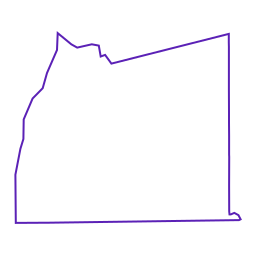 Panola, Texas, United States of America
{"feature_id": "52423323B10240344188589", "entity_name": "Panola", "entity_type": "district", "adm_level": 2, "iso_a3": "USA", "parent_name": "United States of America", "parent_adm1": "Texas", "projection": "orthographic", "projection_center": [-94.242, 32.184], "detail": "fine", "context": "isolated", "style": "outline", "palette": "violet", "viewbox_px": 256, "rotation_deg": 0, "n_neighbors": 0, "source": "geoboundaries", "source_scale": "gbopen_adm2", "svg_char_len": 551}
<svg xmlns="http://www.w3.org/2000/svg" viewBox="0 0 256 256"><path d="M228.8,33.9L111.4,63.6L105.1,54.9L100.7,56.5L98.8,45.6L91.8,44.3L77.2,47.6L71.3,44.3L57.7,33.1L57.0,50.0L47.0,73.0L42.7,88.2L32.6,98.5L23.7,119.4L23.4,139.0L20.4,148.8L15.4,174.7L15.8,222.9L49.7,222.7L239.0,220.1L240.6,219.3L238.4,215.1L234.3,212.9L230.8,214.4L229.5,214.4L229.2,211.3L229.1,185.7L229.2,156.9L229.1,154.5L229.1,148.7L229.1,139.6L229.1,135.7L229.0,122.5L229.0,112.5L228.9,89.3L228.9,46.9L228.8,42.5L228.8,33.9Z" fill="none" stroke="#5b21b6" stroke-width="2"/></svg>